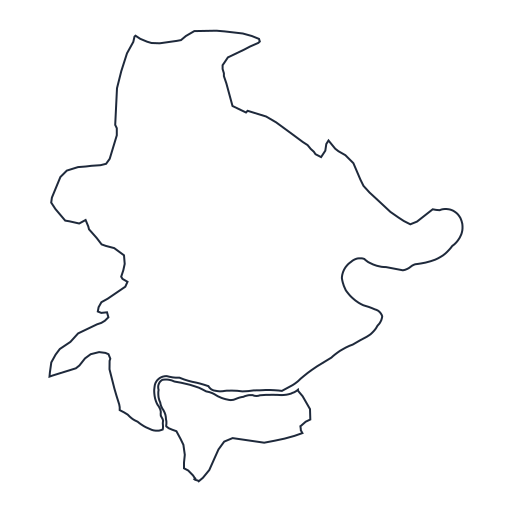 Shirbin, Ad Daqahliyah, Egypt (Mercator projection)
{"feature_id": "37247803B76793683664752", "entity_name": "Shirbin", "entity_type": "district", "adm_level": 2, "iso_a3": "EGY", "parent_name": "Egypt", "parent_adm1": "Ad Daqahliyah", "projection": "mercator", "projection_center": [31.57, 31.249], "detail": "fine", "context": "isolated", "style": "outline", "palette": "slate", "viewbox_px": 512, "rotation_deg": 0, "n_neighbors": 0, "source": "geoboundaries", "source_scale": "gbopen_adm2", "svg_char_len": 6065}
<svg xmlns="http://www.w3.org/2000/svg" viewBox="0 0 512 512"><path d="M49.5,376.6L53.0,375.4L75.9,368.3L79.4,365.5L85.0,358.4L90.7,354.2L99.1,352.1L105.4,352.9L108.5,354.2L110.3,358.7L109.6,360.8L109.5,369.3L114.4,388.6L116.5,395.8L119.2,404.4L119.7,407.2L119.7,410.1L124.1,412.4L127.7,414.6L129.8,416.7L131.2,417.9L132.2,418.7L133.2,419.4L134.9,420.4L137.6,421.7L139.6,423.3L141.0,424.3L143.8,426.1L146.0,427.3L147.6,428.0L151.9,429.9L153.7,430.4L156.0,430.7L157.9,430.7L159.2,430.6L161.0,430.1L162.7,429.5L162.9,428.5L163.0,427.3L163.0,426.0L162.9,424.6L162.8,423.5L162.9,422.0L163.1,420.7L162.8,419.7L162.5,418.8L160.8,415.8L160.9,415.6L160.7,414.5L160.7,413.7L160.8,412.0L160.6,410.7L160.2,409.3L159.6,408.0L159.2,407.2L158.5,406.0L157.7,405.0L156.8,403.3L155.9,401.1L155.1,398.5L154.6,395.9L154.3,393.2L154.2,391.2L154.2,389.9L154.5,387.2L154.8,385.2L155.0,384.4L155.2,383.8L155.5,383.0L156.1,381.9L157.0,380.5L157.9,379.6L158.5,379.0L159.8,378.0L161.3,377.2L162.9,376.6L164.9,376.2L166.7,376.1L169.6,376.8L172.8,377.4L176.0,377.7L179.5,377.7L183.9,379.4L188.0,380.7L192.2,381.8L196.6,382.7L199.8,383.5L204.6,384.9L208.2,386.1L208.4,386.1L209.1,387.2L210.0,388.2L211.1,389.2L212.0,389.7L213.0,390.2L214.0,390.5L215.7,390.8L217.5,391.1L219.3,391.3L221.1,391.3L222.8,391.2L224.7,390.9L226.5,390.7L231.9,390.6L237.3,390.8L242.5,391.4L248.2,391.1L253.7,390.4L260.3,390.3L265.8,390.0L270.0,390.0L274.2,390.2L278.5,390.5L281.9,390.9L291.9,385.5L293.1,384.8L294.9,383.6L296.1,382.7L297.8,381.4L299.4,379.9L300.5,378.8L304.0,375.9L307.6,373.0L311.4,370.2L317.1,366.3L331.4,357.6L332.9,356.2L335.1,354.4L337.5,352.6L339.9,350.9L342.5,349.4L345.9,347.5L349.5,345.8L352.7,344.6L360.3,340.2L366.7,336.8L368.9,335.4L370.5,334.3L371.9,333.0L372.8,332.1L374.2,330.6L375.4,329.1L376.1,328.1L377.5,325.7L378.3,324.8L379.3,323.7L380.1,322.5L380.5,321.7L381.2,320.4L381.6,319.1L382.0,317.7L382.2,316.3L381.7,314.9L381.1,313.9L380.2,312.6L379.4,311.8L378.5,311.0L377.9,310.6L376.5,309.9L374.7,309.3L371.9,308.1L368.7,306.9L365.4,305.9L363.2,305.2L360.8,304.0L358.7,302.8L357.4,301.9L355.4,300.5L353.5,298.9L351.7,297.3L350.0,295.6L348.4,293.7L346.9,291.8L345.8,290.3L344.5,287.4L343.7,285.5L343.3,284.1L342.8,282.6L342.3,280.5L341.9,278.3L341.9,277.6L341.9,277.3L342.2,275.1L342.6,273.5L343.1,271.9L344.0,269.8L344.8,268.4L345.7,267.0L347.1,265.3L348.2,264.1L349.5,263.0L351.1,261.8L352.6,260.6L353.8,259.9L355.0,259.3L356.6,258.7L357.9,258.4L359.7,258.3L361.5,258.3L362.8,258.5L364.4,259.0L365.3,259.9L366.6,260.9L367.9,261.9L369.4,262.7L373.2,264.5L376.6,265.7L378.7,266.2L381.5,266.8L383.6,267.0L386.1,267.1L402.9,270.3L405.1,269.8L407.3,268.9L408.6,268.2L409.4,267.7L411.1,266.4L412.2,265.6L413.8,264.8L415.1,264.3L415.7,264.2L418.1,263.9L421.3,263.4L425.5,262.6L430.7,261.2L435.1,259.7L437.7,258.5L440.4,257.0L443.0,255.4L445.4,253.5L447.1,251.9L449.2,249.7L450.7,248.0L452.2,246.0L454.4,244.3L456.1,242.6L457.3,241.2L458.4,239.7L459.7,237.7L460.8,235.4L461.3,234.3L461.8,232.7L462.3,230.5L462.5,228.5L462.5,226.1L462.3,223.8L462.0,222.7L461.6,221.1L460.9,219.2L460.3,217.8L459.2,216.1L458.0,214.5L456.6,213.1L455.0,211.9L453.3,210.8L451.7,210.1L450.3,209.6L448.9,209.3L446.4,209.0L444.9,209.0L442.9,209.2L441.5,209.5L439.6,210.2L436.1,209.9L432.7,209.3L417.0,221.6L410.3,224.3L403.8,221.0L398.3,217.4L390.4,211.9L378.3,200.6L369.5,192.5L363.5,185.9L360.4,179.6L353.4,163.2L345.4,155.2L338.4,151.2L335.2,148.7L328.5,140.5L326.3,144.0L325.3,150.7L321.1,157.1L315.5,154.2L313.8,151.7L310.7,148.9L307.6,145.1L302.8,142.0L295.4,136.5L276.2,122.4L266.1,116.5L247.6,110.8L246.0,112.5L232.5,106.0L226.4,83.5L223.9,76.1L223.9,73.3L222.6,69.0L222.6,65.2L224.6,62.3L227.9,57.4L244.2,49.6L250.1,46.5L258.3,42.9L259.8,41.5L259.0,38.9L251.8,36.0L242.8,33.5L224.6,31.4L216.4,30.7L194.3,31.1L185.9,36.0L181.0,40.1L176.7,40.9L173.1,41.4L159.7,43.3L151.5,43.0L147.1,41.7L140.2,38.8L135.5,35.7L134.5,36.6L133.3,41.9L127.0,53.3L121.3,71.1L117.0,88.2L115.2,124.9L116.8,128.2L116.8,135.3L109.7,158.8L106.1,163.8L100.5,165.2L91.4,165.8L85.8,166.5L78.0,167.1L66.8,170.6L60.4,177.0L51.9,197.6L51.2,202.6L55.4,209.0L65.2,220.6L69.4,221.3L79.2,223.5L85.6,220.0L88.3,226.5L89.0,229.3L96.7,238.0L101.6,244.4L105.8,245.9L114.2,248.1L124.0,255.3L124.7,263.9L123.3,270.3L121.2,276.7L122.5,278.9L127.5,281.8L125.3,286.7L107.7,298.7L101.4,302.2L98.6,307.2L97.8,311.5L101.3,312.9L107.0,312.3L108.4,317.3L104.8,320.8L101.3,322.9L97.1,324.3L78.1,333.4L70.4,341.9L59.8,349.0L55.6,354.6L51.3,362.4L49.9,372.4L49.5,376.6ZM302.4,433.1L300.8,430.2L300.8,429.1L300.4,426.2L301.0,425.8L305.7,421.7L310.3,419.5L310.0,409.1L302.6,396.2L298.2,391.0L298.0,389.7L296.8,390.7L295.2,391.7L293.9,392.4L292.4,392.9L291.0,393.6L288.4,394.3L286.4,394.7L283.6,395.0L281.5,395.1L277.6,394.9L273.0,394.8L265.5,394.9L259.9,395.3L258.3,395.8L256.4,396.0L254.6,395.8L253.5,395.5L252.7,395.1L251.3,395.1L249.7,395.1L248.1,395.3L246.5,395.7L245.0,396.1L243.4,396.8L241.5,397.1L239.4,397.6L237.4,398.3L234.6,399.4L233.4,399.8L231.8,400.0L230.6,400.1L229.0,399.9L225.7,399.2L223.6,398.6L221.5,397.9L219.5,397.0L218.1,396.4L216.2,395.3L214.4,394.2L212.2,393.1L209.4,392.1L207.6,391.7L206.2,391.4L202.4,389.4L198.9,387.7L195.0,386.4L190.0,384.8L186.2,383.9L181.0,382.7L174.8,381.6L174.1,381.4L171.7,380.4L169.6,379.9L167.9,379.6L165.7,379.5L164.1,379.6L162.4,379.8L161.2,380.6L160.4,381.4L159.9,381.9L159.5,382.5L159.0,383.5L158.6,384.5L158.4,385.1L158.2,386.2L158.2,387.6L158.3,388.7L158.6,389.9L158.3,392.0L158.3,394.2L158.4,395.9L158.6,397.6L159.0,399.1L159.3,400.3L160.2,402.4L160.6,404.4L161.2,406.2L162.0,407.9L162.4,408.7L163.2,409.8L164.0,411.3L164.7,412.8L165.4,414.8L165.8,416.9L166.0,419.4L166.3,420.8L166.4,421.7L166.4,423.7L166.2,425.5L166.3,426.4L168.7,428.2L172.2,429.7L176.4,431.2L180.6,439.0L183.4,444.8L184.8,454.8L184.0,462.6L184.0,468.3L188.2,470.5L193.1,475.5L194.5,477.7L195.2,478.4L194.4,479.2L195.2,479.8L198.0,480.6L198.7,481.3L202.9,477.8L209.3,470.0L215.0,457.2L218.5,449.4L224.2,441.6L232.6,438.1L264.2,442.7L274.7,440.7L284.6,438.6L294.4,435.9L302.4,433.1Z" fill="none" stroke="#1e293b" stroke-width="2"/></svg>